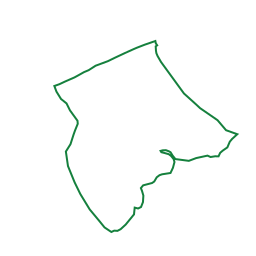 outline of Ngerchemai, Koror, Palau, rotated 141°
{"feature_id": "81905179B39054061568345", "entity_name": "Ngerchemai", "entity_type": "district", "adm_level": 2, "iso_a3": "PLW", "parent_name": "Palau", "parent_adm1": "Koror", "projection": "natural_earth1", "projection_center": [134.491, 7.348], "detail": "fine", "context": "isolated", "style": "outline", "palette": "green", "viewbox_px": 256, "rotation_deg": 141, "n_neighbors": 0, "source": "geoboundaries", "source_scale": "gbopen_adm2", "svg_char_len": 1211}
<svg xmlns="http://www.w3.org/2000/svg" viewBox="0 0 256 256"><g transform="rotate(141 128 128)"><path d="M158.8,207.0L160.7,201.3L161.8,192.7L160.3,185.8L162.0,178.2L162.7,165.4L164.4,162.9L170.9,159.3L174.5,157.1L182.9,151.6L191.1,148.8L198.6,136.2L203.7,119.3L206.1,108.9L206.6,106.7L207.0,103.8L209.0,88.8L208.8,72.6L208.8,65.5L206.4,57.7L203.3,56.9L200.9,54.7L197.4,54.0L190.6,54.4L177.7,57.1L172.9,61.9L170.8,59.1L167.6,58.4L163.0,61.0L158.6,65.8L156.7,70.3L155.8,73.2L152.3,73.9L143.9,70.1L141.3,69.9L136.7,71.6L133.2,71.5L130.7,70.6L123.3,66.3L118.1,68.8L113.3,72.3L112.1,75.1L112.1,79.2L112.8,82.0L115.5,85.8L117.3,88.2L117.1,89.7L115.2,88.9L112.5,86.9L110.9,84.2L110.2,82.4L110.7,78.4L110.7,75.5L110.7,74.0L101.4,64.2L93.9,61.7L83.6,56.5L82.1,53.5L78.1,51.2L75.5,49.0L72.0,50.7L68.6,50.8L63.0,50.4L57.5,53.3L53.9,54.0L47.0,54.4L53.2,64.6L53.5,77.7L59.5,98.1L60.3,103.8L62.8,119.6L60.8,158.5L59.7,165.4L58.9,168.2L57.6,170.5L55.1,174.0L53.3,173.9L53.1,176.3L52.0,178.4L59.0,180.9L62.5,182.2L70.6,184.8L73.8,185.7L82.9,188.1L93.8,190.8L101.6,192.6L114.0,196.8L122.2,197.7L127.0,199.1L133.4,200.2L137.8,201.0L147.6,203.7L153.7,205.2L158.8,207.0Z" fill="none" stroke="#15803d" stroke-width="2"/></g></svg>